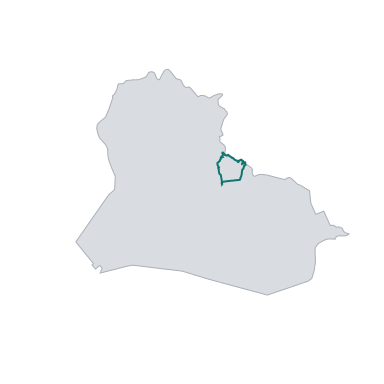 location of Baladruz, Diyala, Iraq, rotated 336°
{"feature_id": "34846034B64184275342457", "entity_name": "Baladruz", "entity_type": "district", "adm_level": 2, "iso_a3": "IRQ", "parent_name": "Iraq", "parent_adm1": "Diyala", "projection": "mercator", "projection_center": [45.392, 33.561], "detail": "fine", "context": "in_parent", "style": "outline", "palette": "teal", "viewbox_px": 384, "rotation_deg": 336, "n_neighbors": 0, "source": "geoboundaries", "source_scale": "gbopen_adm2", "svg_char_len": 5837}
<svg xmlns="http://www.w3.org/2000/svg" viewBox="0 0 384 384"><g transform="rotate(336 192 192)"><path d="M158.3,71.9L160.8,71.2L165.5,67.3L168.2,63.7L169.1,63.3L171.5,64.5L173.3,64.9L177.3,63.5L179.7,64.2L181.7,65.1L182.9,65.2L188.3,67.5L189.6,67.8L192.4,68.0L196.6,68.2L199.2,66.7L201.1,65.2L202.5,65.3L203.8,65.6L204.8,66.2L205.8,67.3L206.2,68.8L206.0,73.7L206.4,75.0L207.2,75.9L208.1,76.1L209.2,75.1L211.2,73.5L213.6,71.8L215.4,70.3L216.5,69.7L218.1,69.8L219.7,70.0L220.6,70.8L220.6,71.0L221.5,73.3L223.6,81.9L224.8,83.0L226.2,83.9L227.2,85.2L227.5,86.4L227.4,88.4L227.5,90.7L228.0,92.5L228.8,93.8L229.6,94.5L230.7,94.5L232.0,94.9L232.9,96.2L235.7,105.8L236.0,107.1L237.2,107.5L239.2,107.3L241.2,108.3L243.4,109.9L245.4,112.8L246.8,113.3L251.0,112.8L256.9,113.3L259.6,114.8L259.3,115.8L257.2,116.8L253.5,118.0L252.4,120.1L251.8,122.8L251.9,124.3L252.8,125.9L255.4,129.2L255.6,130.4L256.0,132.0L256.5,133.1L256.0,135.3L253.6,136.8L250.5,138.5L244.2,145.7L243.7,147.3L243.8,151.6L243.2,152.8L241.2,152.8L239.6,152.5L239.5,154.0L238.5,156.0L238.0,157.8L240.3,161.9L240.7,164.0L240.3,166.0L238.2,169.4L236.9,171.7L237.2,172.2L238.9,173.1L244.1,180.5L245.8,183.1L248.0,182.4L248.8,182.5L249.4,182.9L249.8,183.8L249.8,184.9L249.3,186.6L252.0,187.2L253.1,188.9L256.3,194.7L256.2,196.4L254.6,199.1L254.6,200.9L254.9,202.5L255.5,203.1L260.3,203.3L262.3,204.0L267.3,206.9L272.9,211.4L277.6,215.1L281.5,218.2L285.8,218.0L286.9,218.5L288.0,219.5L289.2,222.1L291.6,227.9L293.7,229.8L296.9,234.4L299.9,238.7L297.9,244.6L296.0,250.7L296.0,258.5L296.0,262.7L300.0,262.9L304.6,263.1L304.6,268.1L304.6,273.2L304.7,278.9L306.0,279.1L308.1,280.3L309.0,282.2L310.1,283.2L311.5,283.4L312.8,284.3L314.2,285.9L314.7,287.2L314.3,288.0L314.6,289.6L315.5,291.7L316.7,292.7L318.4,294.0L316.0,294.7L313.4,294.1L307.9,291.6L306.2,291.5L303.8,292.5L303.7,293.3L297.9,290.5L295.8,290.0L295.1,289.9L291.7,289.9L287.0,290.4L284.2,291.6L282.2,292.8L281.4,294.0L281.0,294.6L279.5,298.1L277.8,302.6L276.0,306.6L272.4,312.3L270.5,314.9L266.3,319.7L261.8,320.7L251.2,319.7L239.6,318.7L228.0,317.6L219.3,316.8L218.7,316.6L210.1,309.6L203.4,304.2L194.9,297.3L186.3,290.3L177.6,283.2L171.2,278.0L163.5,271.3L156.5,265.2L151.0,260.4L143.9,256.1L138.3,252.8L130.2,248.0L123.8,244.1L118.2,240.8L109.7,235.7L106.9,234.3L98.0,232.6L89.7,231.2L81.0,229.7L75.2,228.7L79.0,225.0L77.8,221.7L75.1,222.3L72.5,223.1L71.0,218.0L72.9,217.4L71.1,210.7L69.2,203.8L67.4,197.1L65.6,190.3L72.9,185.9L78.4,182.6L86.0,178.0L93.4,173.5L100.5,169.3L108.2,164.6L115.2,160.4L121.5,158.7L122.8,157.3L125.7,151.6L128.2,146.7L128.3,145.5L128.3,138.5L128.8,130.3L129.6,125.8L131.0,121.9L132.3,119.1L132.5,116.4L132.3,113.7L131.0,109.5L129.5,105.2L129.7,101.1L130.0,98.9L130.8,95.3L132.3,92.7L134.0,91.1L140.0,89.4L143.6,88.4L148.4,83.8L151.2,81.0L155.2,76.7L158.1,73.4L158.3,72.3L158.3,71.9Z" fill="#d9dde1" stroke="#a8b0b8" stroke-width="1"/><path d="M222.5,197.2L222.8,197.0L222.8,196.6L222.9,196.4L223.1,196.1L223.2,195.8L223.3,195.7L223.6,195.5L223.8,195.2L224.0,195.2L224.6,195.3L225.9,195.7L227.2,196.0L229.3,196.7L230.4,197.0L232.6,197.7L233.3,198.0L234.1,198.3L236.1,198.8L237.3,199.3L237.7,199.4L238.2,199.6L240.4,200.3L240.7,200.3L241.1,200.0L241.5,199.7L241.7,199.2L242.0,198.7L242.3,198.6L242.5,198.4L243.1,197.9L243.4,197.5L243.8,197.0L244.2,196.6L244.4,196.2L244.8,195.6L245.4,194.7L245.7,194.1L246.1,193.5L246.8,192.4L247.0,192.0L247.5,191.9L247.8,191.8L248.2,191.7L248.5,191.6L248.8,191.1L249.1,190.7L249.4,190.5L249.5,190.3L249.7,190.0L249.9,189.8L250.1,189.3L250.7,189.2L251.1,189.2L251.7,189.2L251.9,188.6L252.4,187.2L252.5,187.0L252.6,186.6L252.5,186.3L252.2,186.3L251.6,186.6L251.3,186.8L250.8,186.8L250.1,186.8L249.5,186.7L249.2,186.7L249.4,186.3L249.8,186.1L250.3,185.8L250.7,185.5L251.0,185.3L251.2,185.0L251.3,184.7L251.3,184.4L251.1,184.1L250.9,183.8L250.6,183.5L250.1,183.2L250.2,182.6L250.0,182.4L249.7,182.4L249.2,182.5L248.9,182.5L248.4,182.4L248.2,182.6L247.8,182.7L247.5,182.9L246.9,183.3L246.6,183.5L246.3,183.5L246.2,183.4L246.2,183.1L246.3,183.0L246.5,182.9L246.7,182.7L246.6,182.2L246.2,181.9L245.9,181.7L245.5,181.4L245.1,181.0L244.9,180.7L244.5,180.3L244.2,179.9L243.9,179.5L243.8,179.3L243.8,179.1L243.7,178.7L243.7,178.4L243.6,178.1L243.4,177.8L243.2,177.6L242.8,177.3L242.6,177.1L242.5,176.9L242.5,176.7L242.2,176.4L242.0,176.1L241.8,175.7L241.6,175.3L241.1,174.7L240.5,173.6L240.4,173.2L240.2,172.9L240.1,172.7L239.8,172.6L239.7,172.6L239.2,172.9L238.6,172.8L238.4,172.8L238.2,172.6L238.0,172.4L237.8,172.2L237.7,172.0L237.3,171.7L237.4,171.4L237.2,171.2L237.1,170.8L237.0,170.6L236.9,170.4L236.8,170.1L236.7,169.9L236.6,169.6L236.5,169.3L236.5,168.9L236.4,168.7L236.1,168.4L235.7,168.5L235.6,168.8L235.5,169.4L235.4,170.3L235.3,170.5L235.0,171.0L234.9,171.4L234.5,171.5L234.3,171.5L234.0,171.6L233.8,171.6L233.8,172.0L233.9,172.3L233.7,172.2L233.2,171.9L232.9,172.1L232.7,172.1L232.4,172.1L232.3,172.3L232.2,172.5L232.2,173.0L232.2,173.3L231.8,173.4L231.4,173.6L230.8,173.9L230.6,174.1L230.4,174.3L230.2,174.6L230.2,174.8L229.9,174.9L229.6,175.0L229.0,175.2L228.8,175.3L228.7,175.3L228.2,175.5L227.9,175.6L227.4,175.7L227.3,175.8L227.1,175.8L227.0,176.0L226.9,176.2L226.7,176.5L226.5,176.8L226.5,177.0L226.5,177.3L226.5,177.5L226.4,177.8L226.3,178.1L226.3,178.4L226.3,178.6L226.4,178.9L226.5,179.1L226.6,179.3L226.6,179.5L226.6,179.9L226.6,180.4L226.3,180.4L226.1,180.5L225.8,180.5L225.7,180.6L225.7,181.0L225.6,181.5L225.8,181.9L225.8,182.0L225.7,182.4L225.6,182.6L225.4,182.9L225.3,183.0L225.2,183.2L225.0,183.8L224.9,184.2L224.8,184.5L224.7,185.0L224.6,185.3L224.5,185.9L224.5,186.2L224.5,186.4L224.6,186.9L224.8,187.2L225.0,187.8L225.2,188.1L225.2,188.4L224.9,189.3L224.8,189.9L224.5,191.1L224.3,191.7L224.1,192.8L223.8,193.8L223.6,194.6L223.4,194.9L222.9,195.7L222.6,196.3L222.6,196.7L222.5,197.2Z" fill="none" stroke="#0f766e" stroke-width="2"/></g></svg>